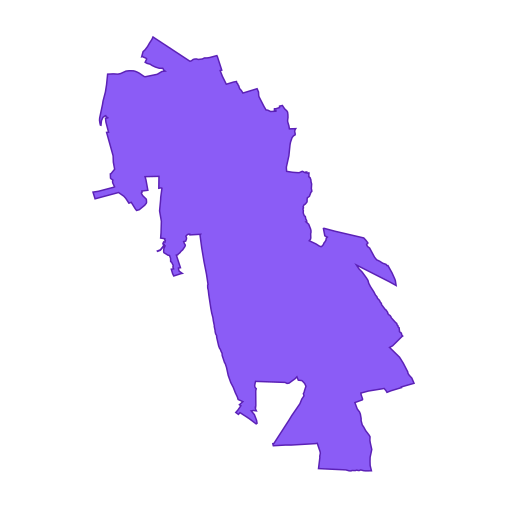 the district of Zapodeni, Vaslui, Romania, rotated 9°
{"feature_id": "2599482B89802278071969", "entity_name": "Zapodeni", "entity_type": "district", "adm_level": 2, "iso_a3": "ROU", "parent_name": "Romania", "parent_adm1": "Vaslui", "projection": "natural_earth1", "projection_center": [27.651, 46.76], "detail": "fine", "context": "isolated", "style": "filled", "palette": "violet", "viewbox_px": 512, "rotation_deg": 9, "n_neighbors": 0, "source": "geoboundaries", "source_scale": "gbopen_adm2", "svg_char_len": 6071}
<svg xmlns="http://www.w3.org/2000/svg" viewBox="0 0 512 512"><g transform="rotate(9 256 256)"><path d="M351.0,456.2L378.2,453.2L381.5,453.6L383.5,453.4L384.4,452.8L387.6,452.4L389.0,451.7L390.5,451.9L391.6,451.7L392.9,450.9L395.8,451.2L397.6,451.1L403.6,450.1L401.5,445.0L400.7,440.8L400.2,436.9L400.6,429.0L398.0,422.4L397.3,420.2L396.9,416.7L395.8,415.3L391.7,411.4L388.9,407.8L387.4,406.3L385.6,402.2L385.2,399.9L383.8,395.8L382.6,393.8L379.9,391.2L376.6,385.3L383.6,381.4L383.7,380.7L381.6,376.7L381.0,375.0L388.1,371.8L403.3,366.8L405.4,368.6L406.7,370.2L410.4,368.0L420.3,363.2L420.0,362.6L432.0,357.0L429.0,352.2L426.1,349.9L424.5,348.2L424.0,346.7L418.2,338.8L413.6,333.5L402.2,325.4L404.9,323.4L412.6,312.9L413.4,312.1L412.3,311.2L411.8,309.8L411.1,309.0L410.4,308.9L409.5,308.1L409.6,307.7L409.3,307.1L408.6,304.5L407.5,303.9L407.0,302.5L406.1,302.0L405.6,300.7L405.3,300.4L404.4,300.0L399.1,295.7L398.8,294.9L397.7,293.8L397.0,293.6L395.2,292.3L395.2,291.8L394.6,290.8L392.8,288.9L392.1,288.7L387.6,284.4L387.2,283.1L386.1,282.3L384.8,280.4L382.6,278.8L381.7,277.2L380.1,275.9L378.0,273.0L373.8,268.3L371.6,265.3L370.4,262.6L368.6,260.5L363.3,255.2L359.6,252.5L356.6,249.2L391.5,260.5L399.0,263.2L397.4,258.3L396.6,256.9L393.0,251.4L387.8,244.8L386.8,245.0L385.7,243.9L382.3,243.3L378.9,241.8L375.8,240.9L373.3,238.7L367.0,230.4L364.9,229.3L363.7,228.0L363.4,227.1L364.4,226.2L364.4,225.5L362.0,223.2L359.6,221.3L330.4,219.2L318.8,218.0L318.3,218.3L320.8,225.3L323.5,226.2L322.6,227.4L322.6,229.5L321.8,231.4L321.2,232.3L320.7,234.3L319.3,236.4L318.6,236.6L317.0,236.3L313.4,234.7L306.2,232.6L307.2,230.9L307.3,229.6L306.5,225.4L306.6,224.0L306.3,222.3L305.7,220.8L303.1,216.4L300.1,214.5L300.8,214.2L300.4,212.9L299.4,211.7L298.5,209.2L297.5,208.8L296.3,206.9L295.8,205.5L295.7,203.8L295.0,202.2L295.4,201.0L294.8,200.2L295.0,199.2L295.6,197.7L296.5,197.1L297.8,194.9L297.9,193.9L297.6,192.1L297.6,190.5L299.3,188.8L299.6,188.1L299.6,187.3L300.0,186.1L300.1,184.8L301.0,183.5L300.8,182.5L300.1,180.7L299.7,176.2L298.8,174.2L298.2,172.0L297.1,170.1L296.3,169.9L295.7,169.3L295.9,169.0L295.4,167.5L295.5,166.5L295.2,165.6L294.2,166.1L293.4,166.1L293.1,165.1L292.1,165.2L291.9,166.0L291.6,166.1L288.7,165.1L288.3,165.2L285.7,166.9L284.7,167.1L279.0,167.6L273.0,167.6L272.2,164.2L272.1,163.1L272.8,151.9L272.2,140.8L272.3,138.1L273.1,133.4L274.2,131.5L275.7,130.2L275.6,129.3L274.7,126.8L274.8,125.2L275.3,124.0L269.1,125.2L268.1,122.2L266.3,118.5L266.0,117.1L265.9,114.1L265.4,111.4L264.7,109.0L263.7,107.8L261.3,106.2L258.5,103.2L255.8,104.3L256.0,105.7L252.7,107.4L251.2,107.7L251.4,109.5L252.9,109.2L253.0,109.9L247.8,111.0L244.7,110.1L243.1,110.2L240.6,107.2L234.1,98.3L233.6,97.1L232.8,93.6L230.9,90.6L217.6,97.1L215.6,94.8L213.7,93.3L212.6,91.4L212.6,91.0L211.1,89.3L211.0,88.8L210.0,88.1L209.4,86.7L206.6,87.7L199.8,91.0L194.7,83.8L192.0,79.2L191.6,78.4L193.1,77.8L186.7,65.2L186.0,64.2L179.0,67.3L176.8,68.0L174.0,68.5L172.2,69.8L168.3,70.9L166.2,70.7L164.2,71.2L163.1,71.8L161.8,73.2L160.3,74.0L120.0,55.8L119.3,58.4L117.5,62.4L116.1,66.1L114.1,69.8L112.5,71.8L111.9,77.1L112.8,76.7L113.4,77.1L116.3,77.8L117.1,78.3L117.2,78.7L116.2,82.0L118.3,82.8L121.4,83.1L123.6,84.1L127.0,85.1L131.1,85.7L134.6,85.2L136.0,87.0L137.2,87.6L134.2,88.5L130.0,92.0L118.8,96.2L117.6,96.3L111.9,93.6L109.7,92.9L107.5,92.4L105.9,92.3L102.0,92.8L98.7,93.7L93.7,97.0L91.1,98.0L86.7,98.4L81.0,99.6L81.6,110.2L81.6,117.6L80.7,126.9L80.7,130.4L80.0,144.1L80.2,146.4L81.0,149.0L81.8,151.0L82.4,151.1L82.2,146.5L83.1,143.1L84.6,141.5L85.6,140.9L85.9,141.5L87.1,142.3L88.0,142.5L88.0,142.8L85.8,143.5L86.8,147.2L91.0,156.8L89.1,157.3L99.2,179.4L100.4,185.6L102.8,192.4L99.9,197.4L99.3,197.7L100.1,201.8L100.6,202.3L102.8,203.4L102.6,204.5L103.0,206.1L105.5,209.8L104.8,210.3L90.3,216.7L85.0,218.4L88.1,224.7L110.3,214.8L116.1,217.6L118.3,219.4L122.2,223.7L124.4,222.5L129.4,228.3L130.9,229.7L133.5,228.5L138.2,223.2L139.4,221.0L139.5,220.0L138.9,217.4L138.6,216.9L134.5,214.0L133.0,212.0L133.0,211.4L133.5,210.8L133.1,209.7L138.9,208.0L135.4,198.0L134.0,195.0L147.7,192.5L149.4,204.3L151.4,203.6L152.5,203.8L152.7,212.8L153.0,215.5L153.7,226.5L157.1,236.5L158.6,248.2L159.0,253.2L163.2,253.2L163.2,254.4L164.0,254.7L163.9,256.5L162.6,256.5L162.1,258.2L162.2,258.7L163.4,258.9L162.8,260.9L160.6,264.8L157.8,266.5L158.1,266.8L160.6,265.3L163.8,259.9L164.1,259.9L164.6,260.2L163.8,263.4L164.1,266.2L164.5,267.1L169.0,269.0L170.5,269.0L172.0,271.7L172.6,274.9L173.5,275.2L175.6,278.1L175.8,279.0L175.6,279.8L176.6,281.6L174.4,282.3L176.4,286.5L177.9,288.6L184.8,285.1L185.9,284.7L182.5,283.0L181.6,281.3L181.3,280.0L183.2,279.4L177.2,267.6L178.5,267.1L178.8,266.4L180.4,264.6L181.1,263.2L182.6,261.4L184.3,257.8L184.5,256.5L184.1,255.7L183.4,255.1L182.3,253.1L184.2,252.3L184.7,249.9L184.4,248.6L183.7,247.7L183.8,247.1L184.9,245.6L185.8,245.0L187.2,244.8L187.4,245.5L197.9,243.2L197.5,244.3L201.0,256.1L205.6,269.9L209.9,281.6L213.1,291.7L212.8,292.2L213.3,295.1L214.2,297.2L215.5,301.9L219.6,314.8L221.2,319.3L223.0,323.4L224.0,326.7L225.8,331.5L225.8,332.2L227.2,335.8L227.5,337.2L228.3,339.2L229.5,340.7L229.9,342.5L233.2,350.7L234.6,353.1L235.3,353.6L236.5,355.8L237.7,357.4L238.2,359.6L241.7,366.4L242.3,366.8L244.3,370.7L247.3,378.4L250.9,385.0L254.1,389.3L257.0,394.3L259.6,398.1L260.8,400.5L265.8,401.9L262.9,405.5L264.5,406.3L262.2,411.0L260.5,413.7L263.4,415.2L264.7,413.2L274.7,417.7L282.4,421.8L283.2,421.0L282.3,418.3L281.4,416.7L279.2,412.9L275.5,409.7L277.6,409.0L280.6,408.9L279.5,407.3L279.0,405.4L279.3,405.3L279.2,403.6L276.8,389.1L277.0,387.0L276.0,386.3L275.4,385.5L275.0,384.4L275.0,382.0L275.2,379.9L304.5,376.3L306.6,377.0L308.5,376.4L313.9,371.0L315.3,368.9L317.2,372.0L320.7,371.9L321.5,372.3L324.0,374.3L325.7,376.8L324.9,382.0L324.9,383.1L324.3,384.5L325.2,386.4L325.1,387.0L323.6,390.2L322.5,395.0L316.3,408.0L314.2,413.1L303.2,437.9L302.8,438.5L302.0,438.7L302.4,439.9L302.8,440.7L314.7,438.1L320.4,437.2L344.1,432.0L345.8,431.4L350.0,439.4L350.4,440.9L350.3,443.7L350.6,445.1L351.0,456.2Z" fill="#8b5cf6" stroke="#5b21b6" stroke-width="1.5"/></g></svg>